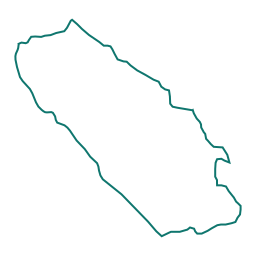 outline of West Bosnia
{"feature_id": "BIH-2224", "entity_name": "West Bosnia", "entity_type": "Canton", "adm_level": 1, "iso_a3": "BIH", "parent_name": "Bosnia and Herzegovina", "parent_adm1": "", "projection": "orthographic", "projection_center": [16.924, 43.992], "detail": "fine", "context": "isolated", "style": "outline", "palette": "teal", "viewbox_px": 256, "rotation_deg": 0, "n_neighbors": 0, "source": "natural_earth", "source_scale": "10m", "svg_char_len": 1694}
<svg xmlns="http://www.w3.org/2000/svg" viewBox="0 0 256 256"><path d="M46.9,112.4L45.1,112.2L43.5,111.3L41.6,109.8L38.4,106.6L36.0,102.4L32.3,93.3L29.9,89.0L22.7,81.1L20.0,77.1L17.0,67.0L15.5,59.7L15.4,56.2L15.9,53.7L17.6,49.9L18.2,48.0L18.7,44.1L18.6,43.9L19.6,43.4L21.5,42.6L25.7,43.2L27.7,42.3L28.8,40.2L31.2,36.8L35.2,36.5L41.2,36.9L44.9,35.7L50.6,35.1L56.2,33.0L64.3,31.2L67.0,27.8L70.8,20.7L72.1,19.8L77.2,24.2L81.9,28.9L89.0,35.0L99.3,42.0L103.8,45.7L107.8,45.7L110.5,46.4L112.4,49.4L114.5,53.7L117.6,59.4L123.5,61.4L126.7,61.7L130.5,65.4L137.2,70.4L145.8,75.1L153.6,79.7L158.7,81.7L161.3,86.7L165.1,89.4L169.0,90.4L169.9,96.4L170.2,103.7L172.6,106.7L177.2,107.7L192.7,110.3L192.8,110.2L193.8,113.3L196.7,118.5L199.8,121.9L201.0,124.4L201.2,127.5L203.2,131.1L203.7,132.1L205.2,133.9L206.1,138.8L207.9,140.7L210.8,144.1L213.7,146.8L218.0,147.1L222.6,147.4L227.3,154.8L228.3,158.4L228.5,159.1L229.4,162.5L224.5,160.6L221.4,158.8L217.1,159.2L216.6,160.3L215.6,162.8L215.3,167.4L215.2,169.0L215.2,173.6L215.2,176.7L217.0,180.1L217.0,182.9L217.1,185.3L218.8,185.3L221.3,185.3L226.0,186.5L228.7,191.1L233.9,197.6L236.1,201.6L238.1,203.4L240.6,205.9L240.6,207.2L240.6,209.6L240.0,214.5L237.6,217.6L235.4,222.0L231.6,223.2L225.8,224.5L221.1,224.5L217.3,225.2L211.7,228.3L207.7,230.8L201.7,233.6L197.2,233.6L195.2,231.4L194.1,228.7L190.0,227.5L187.4,229.6L179.8,231.8L171.0,231.8L169.4,232.5L161.7,236.2L156.3,231.3L148.1,221.7L121.5,194.3L102.8,179.3L100.4,175.4L99.0,170.5L98.4,166.6L97.1,163.2L90.2,156.7L84.8,149.1L76.6,140.5L71.8,133.4L70.0,130.7L67.4,127.6L64.5,125.3L57.2,122.6L55.8,119.9L55.1,116.4L52.9,112.8L51.3,112.1L46.9,112.4Z" fill="none" stroke="#0f766e" stroke-width="2"/></svg>